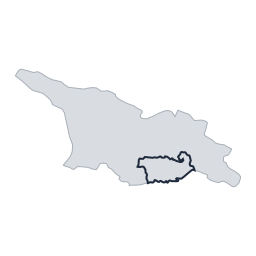 Kvemo Kartli on a map of Georgia (Albers equal-area conic projection)
{"feature_id": "GEO-3037", "entity_name": "Kvemo Kartli", "entity_type": "Region", "adm_level": 1, "iso_a3": "GEO", "parent_name": "Georgia", "parent_adm1": "", "projection": "albers", "projection_center": [44.553, 41.504], "detail": "fine", "context": "in_parent", "style": "outline", "palette": "slate", "viewbox_px": 256, "rotation_deg": 0, "n_neighbors": 0, "source": "natural_earth", "source_scale": "10m", "svg_char_len": 3834}
<svg xmlns="http://www.w3.org/2000/svg" viewBox="0 0 256 256"><path d="M129.2,185.6L129.3,184.7L129.0,183.3L128.0,182.4L126.5,181.7L123.7,181.9L121.2,181.2L119.4,179.5L119.0,178.2L120.1,177.1L119.3,176.2L116.2,174.1L111.1,168.8L108.2,167.5L107.1,164.3L106.0,163.5L103.5,163.2L100.9,163.4L100.4,163.8L99.6,164.3L97.4,168.3L96.0,169.7L92.5,169.0L89.6,167.9L87.3,167.3L82.7,166.8L77.5,166.6L73.9,169.4L72.4,169.0L69.8,167.5L65.5,166.2L63.3,165.2L70.1,156.8L72.2,151.7L72.4,148.6L72.6,144.7L69.5,136.5L67.0,124.9L64.4,112.8L62.2,109.2L52.6,104.7L50.5,99.9L43.2,93.5L32.9,90.4L30.9,89.1L22.2,81.1L15.4,75.8L17.0,72.9L19.2,69.9L21.4,69.2L27.7,70.8L33.5,72.5L37.9,71.7L42.9,74.4L47.4,77.4L52.0,79.6L61.1,81.8L64.5,84.6L68.4,87.3L84.0,89.1L85.3,88.8L86.4,88.4L91.7,87.6L96.4,87.9L101.2,91.2L104.4,91.1L107.7,90.7L112.0,92.4L115.4,94.4L115.6,96.3L118.6,99.1L127.2,103.5L134.2,106.0L136.4,107.7L141.7,110.5L142.3,111.4L142.1,112.6L140.6,114.6L140.2,116.5L140.9,117.5L143.1,118.6L147.6,118.8L149.2,117.5L152.5,116.6L155.7,114.9L160.1,112.6L166.1,110.6L168.4,110.6L170.7,111.2L172.3,112.4L175.0,116.6L177.7,110.6L178.4,110.2L180.8,111.4L185.1,113.0L188.1,113.9L189.7,115.1L194.4,120.5L201.8,120.1L204.9,120.9L206.6,121.8L207.4,122.8L206.1,128.3L204.3,133.9L204.5,135.3L207.5,137.3L211.6,139.5L213.8,141.3L215.3,142.9L218.6,144.0L222.4,144.7L224.2,144.8L226.1,146.1L231.0,148.6L231.7,149.2L230.9,150.8L229.0,153.9L227.5,155.4L225.7,155.7L224.0,156.4L223.5,158.0L223.4,160.1L223.8,161.5L224.2,162.1L226.0,162.5L227.8,166.8L230.6,169.0L234.9,171.4L238.7,174.1L240.6,176.7L240.3,178.6L239.2,182.5L236.1,185.9L233.5,186.8L232.5,186.5L230.8,185.5L227.2,183.0L223.4,181.1L220.5,181.8L218.7,182.6L214.9,181.8L210.4,180.1L208.0,178.4L207.0,177.2L207.7,175.0L197.5,171.1L192.7,170.0L190.5,171.2L183.1,177.3L182.2,178.0L176.6,178.8L176.5,179.3L177.8,180.6L177.6,181.0L168.1,181.2L164.9,182.0L156.4,180.9L153.6,181.4L151.2,182.3L145.4,183.3L141.4,184.6L136.3,185.2L131.0,185.2L129.2,185.6Z" fill="#d9dde1" stroke="#a8b0b8" stroke-width="1"/><path d="M183.1,177.4L182.7,177.6L181.9,178.3L181.5,178.6L180.2,178.7L176.9,178.2L176.2,178.8L176.5,179.5L177.8,180.1L178.0,180.4L178.2,180.6L177.8,181.1L176.9,181.2L171.9,181.2L170.4,180.6L169.7,180.5L169.0,180.8L168.5,181.4L168.1,182.1L167.6,182.6L166.9,182.4L166.7,182.0L166.6,181.6L166.4,181.2L166.0,181.2L165.8,181.4L165.1,182.2L164.3,182.4L163.5,182.4L162.7,182.1L160.9,181.0L160.5,180.9L160.1,181.1L159.8,181.3L159.5,181.6L159.2,181.8L158.4,181.9L157.8,181.7L156.1,180.5L155.2,180.1L154.8,180.1L154.4,180.4L154.3,180.8L154.3,181.2L154.1,181.6L153.6,182.1L152.9,182.5L152.2,182.6L150.7,182.2L150.0,182.3L148.6,182.9L147.8,183.1L147.5,180.7L147.1,180.0L146.7,179.3L146.4,177.3L147.0,175.3L146.8,174.3L146.5,173.4L145.8,172.9L145.5,171.9L145.5,170.9L145.4,169.9L145.3,169.3L144.9,169.0L144.3,167.7L143.4,166.7L141.8,166.6L140.2,167.0L138.7,167.0L137.5,166.8L137.7,166.1L138.2,165.7L138.5,164.6L138.8,160.0L139.6,158.6L141.1,158.8L143.2,158.8L144.9,157.0L152.8,157.8L153.8,157.5L154.9,157.3L156.5,157.7L158.2,157.4L160.2,156.4L160.9,156.7L161.4,157.4L162.2,157.7L164.6,157.6L165.1,156.4L167.0,156.7L168.6,157.8L170.2,159.3L172.0,158.4L172.6,158.5L172.8,159.2L173.2,159.8L174.2,159.8L177.0,161.2L177.9,161.3L178.7,161.5L179.7,162.0L181.0,162.0L182.3,161.6L183.3,160.2L182.9,159.0L182.4,159.5L181.9,160.1L181.2,160.3L180.4,160.1L179.8,159.8L179.2,159.4L179.1,158.6L178.8,157.8L178.2,157.2L178.2,156.4L179.2,155.4L180.1,154.4L180.5,153.1L181.0,152.3L181.8,152.0L183.5,152.4L185.2,152.3L186.1,153.3L186.8,154.5L188.0,155.3L189.3,155.5L189.9,156.7L190.2,158.2L190.8,160.6L189.7,163.4L189.9,164.6L190.1,165.5L190.8,165.9L191.9,166.0L192.9,166.3L193.6,167.2L193.8,168.3L194.1,168.8L194.3,169.4L194.5,170.2L193.8,169.9L192.7,169.8L191.6,170.2L186.4,174.6L183.1,177.4Z" fill="none" stroke="#1e293b" stroke-width="2"/></svg>